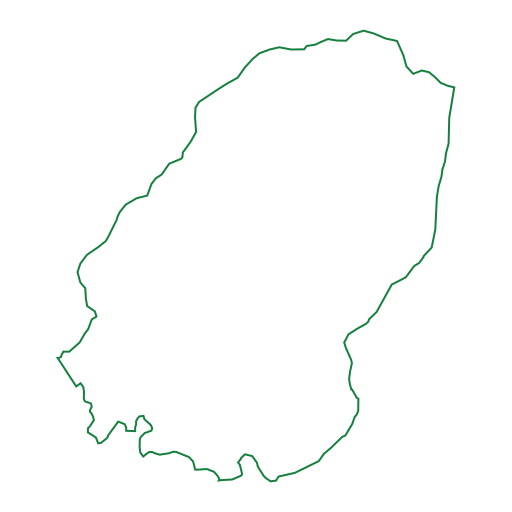 Awlad Saqr, Ash Sharqiyah, Egypt
{"feature_id": "37247803B9128423140503", "entity_name": "Awlad Saqr", "entity_type": "district", "adm_level": 2, "iso_a3": "EGY", "parent_name": "Egypt", "parent_adm1": "Ash Sharqiyah", "projection": "albers", "projection_center": [31.765, 30.969], "detail": "fine", "context": "isolated", "style": "outline", "palette": "green", "viewbox_px": 512, "rotation_deg": 0, "n_neighbors": 0, "source": "geoboundaries", "source_scale": "gbopen_adm2", "svg_char_len": 3410}
<svg xmlns="http://www.w3.org/2000/svg" viewBox="0 0 512 512"><path d="M397.1,41.1L394.9,40.5L393.7,40.2L386.4,38.7L385.3,38.4L373.5,33.4L370.6,32.6L363.7,30.7L354.7,33.5L352.9,34.2L348.5,38.4L346.1,40.7L336.5,40.5L330.6,39.5L328.0,39.1L327.4,39.3L320.6,42.1L315.7,44.5L314.9,44.7L309.3,45.6L306.8,45.9L304.2,49.3L292.3,49.5L291.2,49.5L279.3,47.3L269.6,49.5L259.4,53.3L252.4,59.2L251.6,60.1L249.9,62.0L244.8,67.5L243.7,69.1L237.6,77.8L237.0,78.1L228.0,83.0L225.4,84.6L222.4,86.5L215.9,90.7L215.1,91.2L199.1,101.9L196.7,105.8L195.5,107.7L195.0,118.5L195.2,119.5L196.1,131.9L195.2,133.6L191.2,140.7L190.8,141.4L187.8,145.7L184.5,150.2L182.8,152.5L182.8,153.2L182.3,157.6L180.9,158.9L176.0,160.9L175.3,161.2L169.2,163.7L166.6,167.4L163.4,172.0L162.4,173.4L161.6,174.6L155.9,178.2L151.5,183.9L147.2,195.6L140.7,197.2L136.7,198.2L125.7,204.6L122.3,208.9L121.3,210.2L120.0,211.8L117.8,216.1L116.6,220.0L107.8,237.7L106.2,240.4L105.8,241.0L103.5,242.9L98.4,247.0L90.9,252.1L90.3,252.5L86.9,254.9L80.4,263.5L77.5,272.1L80.3,282.3L82.6,285.1L85.3,288.2L85.9,299.0L87.2,306.1L94.8,311.3L96.5,316.5L93.8,318.2L92.9,318.7L91.8,319.5L90.4,323.1L88.2,329.1L86.9,330.8L84.2,334.4L83.8,335.3L81.8,338.7L79.6,342.5L69.2,351.7L64.6,351.7L63.5,351.5L61.6,354.8L61.1,356.8L58.7,358.0L57.7,358.0L76.2,386.4L78.0,385.1L80.6,383.3L83.3,387.0L84.0,391.9L83.8,398.5L84.6,401.0L86.2,401.9L89.4,402.8L91.0,403.6L91.7,406.9L90.0,410.2L90.0,411.8L91.6,413.5L93.1,416.8L93.9,420.2L89.7,426.6L88.0,428.2L88.0,429.3L87.9,432.4L91.9,434.9L95.9,437.5L97.5,441.6L98.2,443.3L100.4,443.0L101.0,442.9L107.3,437.8L108.2,435.3L118.2,421.6L124.7,424.2L126.2,427.6L126.2,430.8L135.1,431.1L135.2,427.0L136.1,424.5L136.1,421.2L137.8,418.0L139.5,416.4L143.5,415.9L144.3,419.0L145.9,420.6L150.7,424.9L151.9,427.4L152.2,428.2L151.4,430.7L144.8,433.0L143.2,434.6L140.7,437.0L139.8,439.4L139.7,443.5L139.6,446.8L140.3,452.6L143.2,456.5L146.8,453.6L149.3,452.0L150.9,452.0L152.5,452.1L154.1,453.0L159.8,454.7L163.9,454.0L168.8,453.3L172.9,451.8L176.1,451.9L189.0,457.1L190.6,458.8L191.2,459.5L193.0,461.3L193.7,463.8L195.2,469.6L196.8,469.7L205.8,469.1L207.4,469.1L211.5,470.9L213.9,471.7L217.0,475.1L218.6,477.6L219.4,479.3L218.8,480.5L221.6,480.1L232.2,479.5L241.2,475.6L242.1,474.0L239.9,464.9L238.1,462.5L239.3,460.9L240.0,460.0L240.8,459.1L240.8,458.3L245.0,454.3L252.2,456.1L257.0,462.8L257.7,466.2L260.1,470.3L262.4,473.7L263.2,475.3L265.6,477.9L268.4,479.8L270.4,481.3L276.1,480.6L278.6,476.5L280.4,476.2L283.6,475.4L287.7,474.5L295.0,472.8L300.5,470.1L318.8,461.1L323.9,453.8L327.0,451.2L331.1,447.7L342.1,437.0L345.4,435.4L352.2,424.1L354.8,416.7L356.4,415.1L357.3,413.1L358.2,411.1L358.4,398.7L356.8,397.9L352.1,389.5L351.3,389.5L349.8,383.7L349.1,378.8L350.1,371.4L351.9,363.2L351.2,359.9L346.3,348.8L345.7,347.4L344.2,342.4L345.1,340.8L348.5,334.3L358.4,328.0L365.8,324.0L368.3,321.6L369.1,319.2L376.6,312.0L385.1,296.6L391.5,285.0L391.9,284.4L396.8,282.0L399.9,280.4L405.8,277.3L414.2,266.0L419.2,262.9L423.4,257.2L423.4,256.4L431.7,247.5L435.3,229.5L436.9,196.7L438.7,186.0L441.4,177.0L442.4,169.6L445.0,161.5L446.0,153.3L448.6,143.5L448.8,135.3L449.2,119.3L449.2,118.0L454.3,87.4L452.3,86.9L449.2,86.1L447.8,85.8L447.0,85.6L445.6,84.9L443.5,83.9L440.9,83.1L436.9,79.1L434.7,76.8L432.2,74.8L429.0,72.2L421.7,70.5L421.1,70.8L413.2,73.8L409.7,70.0L406.5,66.5L404.0,57.6L403.4,55.4L397.1,41.1Z" fill="none" stroke="#15803d" stroke-width="2"/></svg>